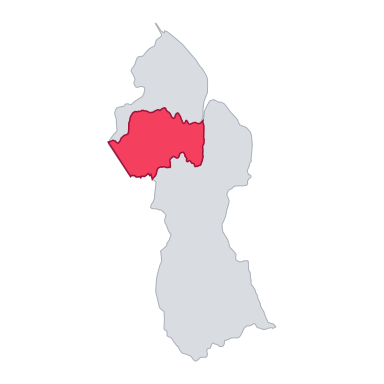 location of VII-2 Mazaruni/L.B.E.Rive, Cuyuni-Mazaruni, Guyana
{"feature_id": "73187651B61605631045653", "entity_name": "VII-2 Mazaruni/L.B.E.Rive", "entity_type": "district", "adm_level": 2, "iso_a3": "GUY", "parent_name": "Guyana", "parent_adm1": "Cuyuni-Mazaruni", "projection": "equal_earth", "projection_center": [-59.626, 5.924], "detail": "fine", "context": "in_parent", "style": "filled", "palette": "rose", "viewbox_px": 384, "rotation_deg": 0, "n_neighbors": 0, "source": "geoboundaries", "source_scale": "gbopen_adm2", "svg_char_len": 9569}
<svg xmlns="http://www.w3.org/2000/svg" viewBox="0 0 384 384"><path d="M130.3,176.7L123.1,165.9L115.8,155.0L108.7,144.3L108.2,142.9L111.2,137.8L113.9,134.1L116.1,132.0L117.1,130.2L116.3,122.3L116.4,119.5L115.4,116.5L114.6,113.0L115.5,110.1L116.6,108.1L118.0,107.4L121.3,106.7L123.7,106.4L124.5,105.2L125.9,103.9L127.7,103.8L131.2,104.7L132.8,103.0L135.7,100.7L142.2,96.6L143.7,94.0L144.7,89.9L144.6,88.0L143.9,87.2L142.3,86.6L139.8,86.5L137.8,87.5L135.8,86.9L134.1,84.4L134.0,82.3L135.0,79.4L134.4,77.4L131.2,71.2L131.2,69.5L133.5,66.7L134.9,64.3L136.7,58.7L138.2,56.8L142.7,56.1L143.9,54.9L146.2,51.9L149.6,48.5L154.6,45.8L156.0,40.8L156.9,39.4L160.8,36.8L161.5,35.4L161.4,34.2L155.1,23.0L156.3,23.8L161.2,31.1L164.0,32.7L164.5,32.7L164.6,30.8L167.0,31.6L173.5,36.6L182.9,44.8L196.2,60.3L199.9,66.3L202.5,69.0L206.4,75.8L207.6,79.2L207.5,92.4L204.0,101.3L203.1,108.0L202.9,116.9L200.9,122.1L203.6,119.3L204.4,111.2L206.7,106.3L209.7,100.9L213.7,99.6L218.0,101.9L221.4,102.3L224.4,103.9L230.9,112.5L237.3,119.3L239.6,124.8L246.3,127.5L250.2,131.8L251.5,135.6L252.3,145.3L251.0,160.1L251.4,160.8L249.6,163.7L249.3,165.5L248.1,168.8L247.2,170.6L248.5,174.7L250.0,174.8L250.6,175.4L251.0,176.2L250.9,177.0L250.3,177.8L248.9,178.8L247.5,181.2L247.6,183.7L246.8,185.1L244.0,185.8L238.6,185.8L235.9,186.0L233.8,186.4L232.4,188.1L230.6,189.3L229.2,189.6L228.0,191.5L226.8,194.3L227.2,196.2L228.5,198.7L229.2,201.3L228.2,205.5L227.2,208.7L226.5,211.2L225.7,215.9L223.6,221.2L222.1,224.1L222.1,227.4L222.9,231.9L227.1,238.6L228.5,241.8L229.7,247.0L233.5,251.0L236.0,254.3L235.7,258.6L236.1,259.9L237.6,261.0L239.4,261.8L241.4,261.8L243.2,261.4L243.6,260.8L247.8,260.7L248.3,261.8L248.5,268.0L248.7,270.5L249.7,271.5L250.3,273.1L250.3,274.5L250.5,277.9L251.1,279.8L251.0,283.5L251.4,284.8L252.6,285.8L254.1,288.4L254.6,288.8L254.9,289.7L256.1,293.5L256.8,294.6L257.2,294.8L257.4,296.1L258.3,299.6L258.9,300.5L260.1,303.1L260.6,305.9L262.1,309.1L263.7,311.4L264.4,313.7L266.4,318.9L268.3,322.5L271.0,323.4L273.2,323.9L274.6,325.3L275.9,326.8L274.5,327.5L273.2,328.4L271.3,327.7L268.8,328.1L266.2,329.1L263.8,329.6L259.3,328.0L257.9,327.8L256.9,327.1L255.1,323.9L254.2,323.5L251.7,325.0L248.8,326.0L247.4,325.8L245.7,326.9L244.1,328.3L241.1,334.6L239.6,336.8L237.9,337.8L234.6,337.8L231.0,338.0L228.4,339.5L225.9,340.3L224.6,340.4L224.2,343.8L223.6,345.4L222.8,346.3L220.9,346.5L219.2,346.4L218.1,345.0L216.1,344.3L214.4,343.8L213.3,343.0L212.4,343.2L211.6,344.6L211.0,345.8L210.5,348.0L207.9,348.7L206.7,350.0L207.4,354.2L207.1,355.8L206.5,357.1L203.3,357.4L200.6,357.3L199.0,358.8L197.1,360.6L195.9,361.0L194.5,360.8L192.7,358.8L190.9,356.2L186.4,354.4L181.9,352.9L179.0,348.8L178.3,346.8L176.9,345.9L173.4,341.1L171.5,338.0L169.4,337.1L167.0,335.8L167.1,333.6L167.0,331.4L165.9,330.5L164.5,329.9L164.0,328.7L164.1,325.9L164.4,318.5L164.0,311.5L160.8,309.1L159.4,307.4L157.0,297.0L155.8,292.4L155.8,288.9L156.6,278.5L157.5,274.0L160.0,265.0L161.4,262.0L161.5,259.7L161.3,256.8L160.6,251.0L164.8,247.4L166.6,245.9L166.9,243.4L169.1,240.3L170.1,237.4L171.0,235.1L170.7,233.9L169.8,233.2L168.6,231.0L166.2,224.7L165.3,223.4L164.6,221.6L164.9,218.8L165.9,215.8L165.8,214.5L164.3,212.9L161.3,210.1L158.8,209.9L156.9,208.9L154.1,208.8L151.8,208.5L150.6,207.5L150.8,205.8L151.4,204.5L153.3,201.4L154.6,198.0L154.7,194.6L155.1,190.3L155.7,186.5L156.0,182.2L153.0,179.4L152.0,177.1L150.8,175.0L149.4,175.0L147.4,174.2L144.2,176.9L141.7,176.4L140.0,177.4L136.0,177.2L133.4,175.8L130.3,176.7Z" fill="#d9dde1" stroke="#a8b0b8" stroke-width="1"/><path d="M203.0,120.8L203.0,120.6L202.3,121.3L202.1,121.6L201.8,121.9L201.6,122.1L200.6,122.9L200.3,123.2L200.0,123.3L199.7,123.4L199.3,123.4L198.7,123.6L198.4,123.6L197.7,123.6L197.3,123.4L196.7,123.1L196.1,122.7L195.7,122.6L195.0,122.5L194.7,122.5L194.3,122.5L193.9,122.6L193.5,122.8L192.7,123.0L192.4,123.1L191.6,123.5L191.3,123.6L191.0,123.8L190.7,123.9L190.0,124.2L189.3,124.2L189.0,124.1L188.7,123.8L188.5,123.5L188.3,123.2L188.1,122.9L187.9,122.5L187.8,122.2L187.5,121.9L187.0,120.9L186.7,120.6L186.4,120.4L185.8,120.8L185.5,121.6L185.4,122.0L185.0,122.7L184.7,123.0L184.4,123.3L184.1,123.4L183.7,123.5L183.3,123.3L183.1,123.1L182.8,122.8L182.5,122.0L182.4,121.6L182.3,121.2L182.1,120.8L181.8,120.2L181.5,119.8L181.3,119.4L181.2,119.0L181.0,118.1L180.8,117.7L180.5,116.8L180.3,116.4L180.1,116.1L179.7,115.5L179.0,114.3L178.7,113.9L178.5,113.5L178.1,113.1L177.8,113.0L177.6,113.0L177.2,113.1L176.6,113.5L176.3,113.7L175.9,114.4L175.7,114.7L175.5,115.1L175.2,116.0L175.0,116.4L174.9,117.3L174.7,117.6L174.4,117.9L174.2,118.1L173.9,118.3L173.6,118.3L173.3,118.3L173.0,118.0L172.4,117.6L172.1,117.4L171.8,117.2L171.5,116.7L171.4,116.3L171.2,115.9L171.0,115.5L170.9,115.2L170.7,114.7L170.1,113.8L170.0,113.5L169.6,113.1L169.0,112.4L168.7,112.2L168.4,112.1L168.1,111.9L167.5,111.4L167.2,111.2L166.7,110.6L166.4,110.3L166.1,110.0L165.9,109.0L165.8,108.7L165.6,108.4L165.2,108.1L164.9,107.9L164.6,107.8L164.3,107.8L164.0,108.0L163.3,108.2L162.6,108.4L161.4,109.2L161.1,109.5L160.8,109.8L160.6,110.1L160.3,110.3L159.9,110.5L159.6,110.4L159.0,109.9L158.7,109.8L158.4,109.7L158.0,109.7L157.3,109.9L157.0,110.1L156.7,110.3L156.3,110.4L155.6,110.7L155.3,110.8L155.0,111.0L154.7,111.0L154.3,111.2L154.0,111.5L153.7,111.8L153.4,112.1L153.1,112.2L152.7,112.3L152.3,112.3L152.1,112.2L151.7,112.4L151.1,112.6L150.8,112.6L150.4,112.6L150.0,112.5L149.6,112.5L149.3,112.4L148.3,111.8L147.7,111.6L147.4,111.4L146.3,111.0L146.0,111.0L145.7,111.0L145.3,110.9L144.9,110.8L144.6,110.8L144.1,110.8L143.8,110.7L143.4,110.5L142.7,110.3L141.9,110.4L141.6,110.5L141.0,111.1L140.6,111.3L140.2,111.4L139.7,111.5L138.7,111.3L138.4,111.3L138.0,111.5L137.7,111.7L137.4,111.8L136.5,111.7L136.2,111.6L135.8,111.5L135.2,111.6L134.3,111.9L133.9,112.3L133.5,112.4L133.2,112.6L132.9,112.9L132.6,113.1L132.0,114.1L131.8,114.6L131.6,115.0L131.2,115.4L131.0,115.7L130.6,116.7L130.4,117.1L130.1,118.0L130.0,118.5L129.8,120.3L129.6,121.0L129.3,121.8L129.1,122.3L128.9,122.8L128.8,123.4L128.8,124.6L128.8,125.7L128.7,126.6L128.8,127.0L128.8,127.7L128.8,128.2L128.8,128.8L128.7,129.4L128.6,130.0L128.7,130.6L128.6,131.2L128.5,131.7L128.4,132.2L128.3,132.6L128.2,133.0L128.1,133.5L128.0,133.8L127.3,134.2L126.9,134.4L126.5,134.6L125.5,135.1L125.1,135.2L124.7,135.2L124.4,135.3L124.0,135.5L123.2,136.4L122.8,136.8L122.5,137.1L122.1,137.2L121.8,137.5L121.4,137.9L121.1,138.4L120.6,139.5L120.2,140.6L119.6,141.6L119.2,141.9L118.9,142.3L118.7,142.6L118.5,142.9L118.2,143.0L117.9,143.1L117.6,143.0L116.9,142.7L116.3,142.3L116.0,142.0L115.7,141.6L115.5,141.3L115.3,141.0L114.9,140.9L114.0,140.7L113.6,140.5L112.9,140.3L112.5,140.4L112.2,140.6L111.9,140.9L111.5,141.1L111.2,141.2L110.5,141.3L109.5,141.8L108.3,141.9L108.2,142.0L130.6,176.5L130.9,175.9L132.5,175.3L135.2,175.9L136.2,177.0L140.2,176.7L140.8,177.7L141.5,176.2L144.7,176.4L148.4,173.5L149.8,175.6L151.0,174.5L152.3,179.3L152.8,178.5L153.3,177.8L153.6,177.5L154.3,176.9L154.6,176.6L154.9,176.3L155.5,175.5L155.9,174.7L156.2,173.8L156.3,173.3L156.4,172.9L156.6,172.5L156.8,171.1L157.0,170.6L157.1,170.3L157.2,169.7L157.5,169.3L157.7,168.8L157.9,168.5L158.3,168.2L158.5,167.8L159.0,167.6L159.5,167.4L159.8,167.3L160.2,167.1L160.6,166.9L161.0,166.8L161.4,167.1L161.7,167.2L162.0,167.2L162.9,166.9L163.3,166.8L163.7,166.8L164.5,166.9L164.8,166.9L165.2,167.0L166.2,167.5L166.7,167.6L167.1,167.6L168.2,167.4L168.5,167.4L168.8,167.1L169.2,167.2L169.7,167.5L170.0,167.5L170.1,167.4L170.4,167.0L170.4,166.6L170.5,166.1L170.4,165.7L170.3,165.2L170.2,164.7L170.2,164.2L170.3,163.4L170.4,162.9L170.2,162.1L169.9,161.2L169.8,160.6L169.8,160.1L169.9,159.7L170.2,159.3L170.4,159.0L171.0,158.3L171.8,157.7L172.4,157.2L172.7,156.9L173.0,156.6L173.4,156.5L173.8,156.5L174.1,156.6L174.6,156.8L175.7,157.5L176.1,157.8L176.8,158.0L177.2,158.0L177.5,158.0L177.9,157.8L178.2,157.6L178.7,157.0L178.9,156.7L179.0,156.3L179.2,155.3L179.5,155.1L179.6,154.6L179.6,154.2L180.1,153.4L180.3,153.1L181.9,152.5L182.3,152.3L182.7,152.2L183.0,152.3L183.3,152.4L183.7,152.6L183.9,152.9L184.0,153.3L184.3,153.7L184.6,154.0L184.8,154.5L185.0,154.8L184.9,155.3L184.9,155.7L185.0,156.2L185.2,156.5L185.5,156.8L185.7,157.1L186.0,157.4L186.7,158.2L186.8,158.5L186.7,159.0L186.5,159.4L186.5,160.1L186.5,160.6L186.6,161.1L186.8,161.4L187.1,161.6L187.4,161.7L187.7,161.6L188.5,161.2L188.8,160.9L189.1,160.7L189.4,160.6L189.8,160.7L190.1,160.9L190.4,161.1L190.9,161.9L191.2,162.4L191.7,163.0L191.9,163.2L192.6,163.2L193.1,163.4L193.5,163.6L193.8,163.7L194.1,164.0L194.3,164.3L194.4,164.7L194.5,165.6L194.8,166.1L195.1,166.6L195.6,166.5L195.9,166.4L196.3,166.3L196.6,166.2L196.9,166.2L197.2,166.4L197.5,166.3L197.8,166.1L198.2,165.9L199.2,165.5L199.5,165.4L199.8,165.3L200.1,165.3L200.4,165.1L200.7,164.8L201.0,164.2L201.3,162.9L201.5,162.3L201.9,161.7L202.1,161.2L202.2,160.7L202.4,160.1L202.4,159.8L202.5,159.2L203.1,156.8L203.1,156.4L203.1,155.9L202.9,155.5L202.8,154.7L202.6,154.2L202.7,153.5L202.6,153.1L202.9,152.8L202.8,151.9L203.0,150.8L202.9,150.2L202.8,148.2L202.7,147.8L202.6,147.2L202.6,146.8L202.7,146.4L202.8,145.9L203.2,145.0L203.8,143.8L203.9,143.4L204.0,142.4L204.0,141.9L204.0,141.0L204.1,140.5L204.2,140.1L204.2,139.7L204.2,139.1L204.0,138.7L203.7,138.3L203.6,137.9L203.5,137.3L203.7,136.6L203.8,136.3L203.8,135.9L203.7,135.5L203.7,135.1L203.7,134.6L203.7,134.2L203.8,133.6L203.9,133.1L203.9,132.6L203.8,132.1L203.8,131.1L203.9,129.9L203.8,129.4L203.9,128.8L203.8,127.7L203.8,127.2L203.9,126.5L203.8,125.5L203.7,125.0L203.5,124.6L203.4,124.2L203.3,123.7L203.0,123.1L202.9,122.5L202.9,122.0L203.0,120.8Z" fill="#f43f5e" stroke="#9f1239" stroke-width="1.5"/></svg>